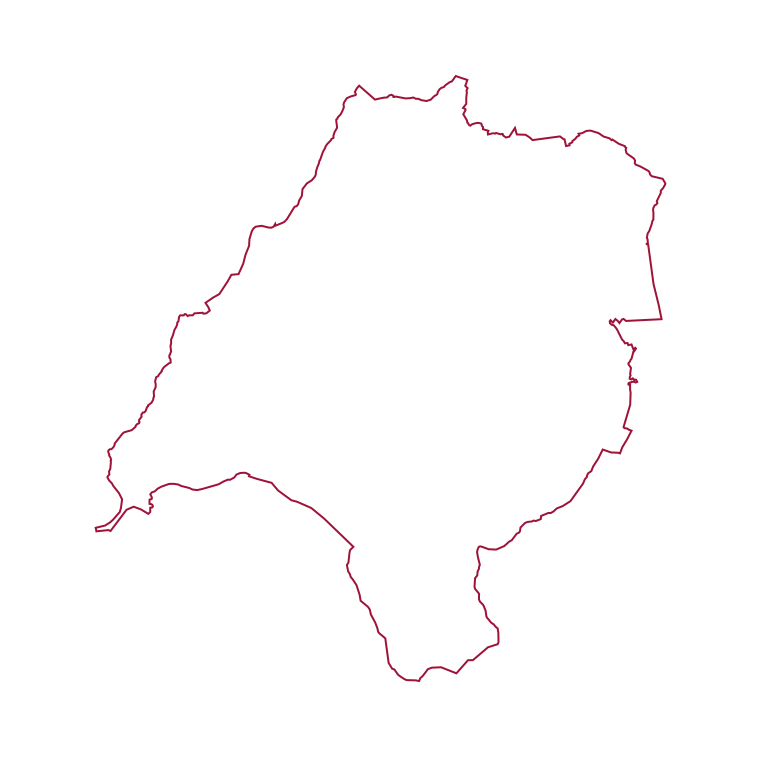 Targu Ocna, Bacau, Romania (Natural Earth projection), rotated 353°
{"feature_id": "2599482B20348732028695", "entity_name": "Targu Ocna", "entity_type": "district", "adm_level": 2, "iso_a3": "ROU", "parent_name": "Romania", "parent_adm1": "Bacau", "projection": "natural_earth1", "projection_center": [26.604, 46.281], "detail": "fine", "context": "isolated", "style": "outline", "palette": "rose", "viewbox_px": 768, "rotation_deg": 353, "n_neighbors": 0, "source": "geoboundaries", "source_scale": "gbopen_adm2", "svg_char_len": 6134}
<svg xmlns="http://www.w3.org/2000/svg" viewBox="0 0 768 768"><g transform="rotate(353 384 384)"><path d="M466.2,654.2L467.2,644.7L467.0,640.4L465.2,638.6L463.7,636.0L461.3,634.0L457.7,628.3L457.3,627.0L457.2,621.3L456.3,617.8L455.5,615.3L452.7,611.7L452.0,609.3L452.8,603.8L449.6,598.7L449.1,596.5L450.7,587.9L453.3,585.3L454.0,581.6L455.6,579.2L456.3,576.5L457.1,575.2L456.1,567.1L455.9,562.2L456.5,560.2L458.0,557.5L459.3,556.9L460.8,557.2L467.9,560.8L475.2,562.0L483.6,559.5L488.9,555.8L491.8,554.6L497.4,548.8L500.0,547.9L501.0,546.7L502.0,543.1L507.0,539.1L509.8,538.4L513.8,538.5L515.8,537.8L518.0,538.5L523.1,537.2L523.9,534.1L531.5,532.0L533.7,532.4L536.8,531.1L540.2,528.6L546.6,526.9L554.8,523.0L569.5,507.0L571.7,503.1L574.1,500.9L574.3,499.6L575.9,497.4L579.1,495.8L581.5,491.4L587.6,484.1L593.1,475.7L601.0,479.6L608.1,480.8L609.8,481.6L612.7,476.0L618.4,468.7L624.0,460.5L621.7,459.4L619.9,457.8L617.3,457.1L616.5,456.0L625.8,434.7L627.7,422.8L627.6,419.6L628.1,415.1L628.2,414.6L626.7,414.5L626.5,413.8L627.1,412.8L630.4,412.2L632.3,412.2L634.0,413.2L635.6,412.7L634.7,410.6L633.8,410.2L632.7,410.6L632.0,409.0L631.5,408.7L630.1,409.6L628.5,408.8L628.9,406.8L629.8,405.5L629.5,404.2L631.1,398.1L629.1,394.3L629.1,393.2L630.8,391.8L631.5,390.3L632.7,389.2L635.4,382.5L636.0,382.4L638.4,379.5L637.8,378.7L635.8,380.2L634.5,374.9L631.2,375.2L630.7,373.0L628.1,373.0L627.2,370.8L625.7,368.9L621.8,357.9L619.3,353.8L617.1,352.9L615.7,351.2L615.7,349.2L616.6,348.3L618.7,350.9L621.6,347.7L623.7,349.9L625.1,352.2L628.0,349.0L629.7,348.6L631.9,350.9L667.4,353.5L666.3,339.3L663.7,317.6L663.2,277.7L662.2,277.6L661.8,276.9L663.1,276.0L663.2,272.3L662.7,271.0L664.1,266.6L665.8,264.7L669.0,258.4L670.4,254.7L671.4,253.7L672.3,246.9L672.3,243.8L672.8,242.1L674.5,239.6L675.9,239.2L677.4,237.8L677.0,235.8L682.0,228.2L682.3,225.8L684.7,223.8L687.4,220.2L687.7,219.1L685.6,214.3L675.1,210.4L673.5,208.3L673.4,206.4L672.6,204.9L665.2,199.5L660.6,196.9L659.8,195.6L660.4,192.7L659.5,190.6L653.4,185.1L652.7,183.9L652.4,180.8L653.2,179.2L652.2,178.2L652.1,177.3L646.3,174.2L640.5,169.2L639.6,169.7L637.7,167.6L632.2,165.2L627.5,161.1L619.7,157.6L615.6,157.5L611.1,159.2L607.6,159.3L608.1,161.1L605.6,162.1L603.6,164.1L600.7,165.7L600.3,167.1L597.3,168.1L597.3,169.7L593.7,170.0L593.0,163.1L592.0,162.8L588.8,159.7L561.2,160.0L558.6,157.0L554.9,153.9L546.2,152.5L545.2,145.8L538.5,153.8L535.1,154.2L532.5,151.8L532.4,150.5L531.8,150.1L530.2,150.4L525.8,148.5L525.1,149.0L522.8,148.4L517.6,149.0L517.6,147.2L518.5,145.4L513.3,143.2L513.6,141.1L512.7,139.9L512.4,137.6L511.9,137.2L509.4,136.3L507.6,136.2L503.2,136.9L501.1,138.1L499.9,137.2L499.3,135.4L498.6,134.9L498.5,132.6L495.6,125.9L498.3,122.0L498.3,121.1L496.1,119.6L499.8,116.0L500.5,110.1L501.8,104.5L501.6,103.1L503.0,100.5L501.0,98.0L503.8,92.4L492.7,87.1L488.3,91.9L486.0,92.4L481.4,94.9L479.5,96.6L477.1,97.0L475.1,98.2L473.0,100.7L472.3,102.7L471.4,103.4L469.1,104.3L465.0,107.5L460.6,108.3L455.6,106.8L453.1,105.2L450.2,104.7L448.1,103.2L445.3,103.5L440.2,103.2L430.9,100.2L428.7,100.4L428.2,100.1L428.4,99.0L426.5,97.8L424.2,98.3L422.2,99.9L417.6,99.8L409.7,100.6L395.7,84.9L393.1,87.2L390.7,90.5L391.4,93.1L391.0,93.8L386.2,94.5L381.9,95.8L378.8,99.5L377.9,101.5L377.9,104.4L376.2,107.6L373.8,111.1L370.5,113.8L370.1,115.0L369.0,115.5L368.7,116.1L368.7,123.5L368.3,124.5L365.7,127.8L364.1,131.3L363.8,133.6L361.7,134.4L361.0,135.6L356.9,138.9L354.9,141.1L354.7,142.0L351.7,146.1L347.8,154.0L347.2,154.3L346.3,157.0L344.0,161.1L342.3,165.1L341.9,167.6L340.7,169.7L337.3,172.9L331.9,175.5L326.9,180.6L325.4,187.2L322.1,191.6L320.7,195.2L318.9,196.9L317.3,197.0L316.3,197.8L307.8,208.5L304.9,210.9L302.8,211.7L295.7,213.6L295.5,211.9L293.6,214.4L291.4,215.1L288.7,214.7L281.8,212.1L275.9,212.2L273.3,213.8L271.4,216.3L268.1,223.8L266.9,230.5L262.4,238.6L258.9,247.5L253.0,257.2L245.8,257.0L241.5,262.9L231.6,274.6L224.7,277.5L216.7,281.7L219.1,286.6L220.0,289.9L216.2,292.2L213.3,292.2L212.7,291.2L204.4,290.8L202.5,292.5L198.9,292.1L197.5,292.7L195.7,290.5L194.6,290.4L193.6,291.5L190.1,291.0L188.8,292.4L187.6,296.7L186.2,298.0L186.1,299.3L185.0,301.6L182.6,304.8L180.6,309.6L178.1,314.0L177.6,318.1L176.7,320.0L176.6,326.0L175.6,327.5L175.3,328.6L174.6,329.1L174.3,330.4L174.2,331.6L175.1,333.5L174.9,336.7L173.0,337.3L167.6,340.5L165.0,343.5L165.1,344.2L161.5,347.5L160.9,348.6L158.7,349.5L157.1,353.6L157.4,356.3L157.0,359.2L154.5,363.3L154.2,368.6L153.5,369.4L153.1,371.3L151.1,374.1L147.1,376.6L147.0,377.4L145.9,378.2L144.1,381.8L142.6,383.0L141.2,382.9L139.9,384.3L139.4,385.0L139.4,386.9L136.6,389.8L136.3,391.3L136.7,392.0L136.1,393.1L134.1,393.7L132.4,395.2L132.2,396.2L127.9,399.1L120.5,400.2L118.6,401.2L109.5,410.2L109.1,411.8L107.7,413.8L105.6,415.4L103.8,415.4L102.4,416.4L102.0,417.4L102.7,420.6L102.5,421.6L103.6,423.9L103.9,426.2L103.3,427.0L103.4,428.4L102.0,434.8L100.4,437.4L100.4,440.3L98.5,442.0L98.1,442.9L99.4,446.2L101.8,449.4L102.9,452.2L107.6,459.9L110.0,466.5L107.9,474.7L106.2,478.8L98.6,485.6L95.4,487.9L89.9,490.5L80.3,491.6L80.6,495.2L92.7,495.4L94.6,496.6L113.2,477.4L120.6,475.3L127.4,478.8L134.3,484.2L136.4,482.5L136.9,478.3L139.1,478.2L139.7,477.1L139.4,475.9L138.6,475.0L136.6,474.4L137.2,470.2L139.3,469.9L139.8,468.4L138.6,465.0L140.3,463.3L143.4,462.6L146.6,460.3L150.4,458.8L158.4,457.0L162.9,457.4L167.5,458.7L170.3,460.5L178.1,463.5L181.0,465.4L185.7,466.5L190.5,466.1L207.5,463.4L212.8,461.2L217.5,459.9L219.6,460.3L224.1,458.5L226.5,455.9L230.4,454.8L234.9,455.1L236.3,455.6L239.4,457.7L238.7,459.1L246.1,462.6L260.4,468.4L265.9,476.8L277.9,488.1L283.2,490.2L296.7,498.2L308.2,510.3L333.8,541.9L330.2,544.6L329.3,546.9L326.9,557.0L325.1,559.1L325.6,565.6L326.9,568.3L327.5,571.6L329.1,574.0L332.2,580.3L334.1,590.2L334.4,596.3L341.0,603.3L342.4,606.2L342.9,611.2L346.3,620.0L347.7,625.8L348.0,629.2L348.9,630.8L354.3,636.6L354.6,661.4L357.4,667.6L359.5,668.6L362.6,674.4L365.4,677.0L368.8,679.8L370.7,680.7L379.2,682.0L382.7,683.1L384.1,680.5L387.1,678.3L392.8,672.4L396.9,671.4L406.1,672.1L420.6,680.0L433.7,668.4L438.6,668.9L455.1,658.0L465.1,656.1L466.2,654.2Z" fill="none" stroke="#9f1239" stroke-width="2"/></g></svg>